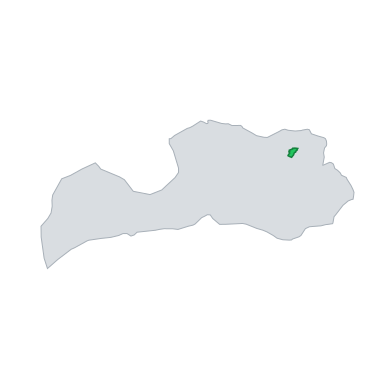 location of Litenes pag., Gulbene, Latvia, rotated 348°
{"feature_id": "27541924B1049309214592", "entity_name": "Litenes pag.", "entity_type": "district", "adm_level": 2, "iso_a3": "LVA", "parent_name": "Latvia", "parent_adm1": "Gulbene", "projection": "natural_earth1", "projection_center": [27.027, 57.173], "detail": "fine", "context": "in_parent", "style": "filled", "palette": "green", "viewbox_px": 384, "rotation_deg": 348, "n_neighbors": 0, "source": "geoboundaries", "source_scale": "gbopen_adm2", "svg_char_len": 3347}
<svg xmlns="http://www.w3.org/2000/svg" viewBox="0 0 384 384"><g transform="rotate(348 192 192)"><path d="M279.4,259.6L277.2,259.3L270.9,257.6L265.6,254.9L262.4,251.4L257.0,246.6L253.4,244.1L247.8,241.1L238.4,234.8L235.0,233.3L218.3,230.6L212.3,229.4L206.8,222.3L205.1,218.2L202.3,217.4L199.4,218.3L196.1,219.1L188.5,223.9L186.1,224.6L181.4,224.7L170.5,225.7L165.6,224.0L157.0,222.1L152.3,221.8L148.2,221.8L129.9,219.9L126.5,222.0L123.1,222.4L119.9,219.2L115.8,218.3L111.3,219.3L103.1,219.5L93.4,218.5L81.0,217.7L79.2,218.0L65.3,222.2L61.9,222.9L46.7,230.1L34.7,236.8L33.6,226.0L35.1,204.7L37.2,194.1L45.5,187.9L49.8,183.2L52.3,176.8L53.3,170.9L55.1,166.0L67.3,152.0L76.6,150.5L89.3,146.6L103.5,143.4L106.1,147.5L107.5,150.6L124.2,162.1L128.4,165.9L134.7,179.1L150.4,185.8L162.9,183.7L168.3,180.4L178.4,174.4L182.9,170.1L183.8,165.8L182.3,147.8L179.8,140.0L180.8,135.2L182.5,135.4L186.7,133.1L200.6,128.8L203.3,128.6L206.5,127.7L215.2,124.4L218.0,126.1L220.3,128.1L221.6,128.2L222.2,127.4L222.1,126.1L222.7,125.2L225.2,125.7L235.2,131.1L239.1,132.4L241.7,132.8L244.9,135.3L253.4,137.0L254.5,138.3L255.1,140.0L263.2,146.9L266.8,150.3L273.9,153.5L277.0,154.3L289.5,151.0L293.0,149.9L295.9,149.9L298.9,151.6L305.6,153.8L311.7,154.6L312.8,154.4L317.9,154.6L319.7,155.5L320.9,159.9L326.8,163.4L332.3,166.3L333.6,167.6L334.1,170.2L333.7,173.2L333.1,174.7L330.8,176.5L328.8,181.1L328.6,185.4L325.5,192.9L326.2,193.0L332.8,191.6L334.6,192.4L336.1,194.1L336.6,198.8L338.8,200.9L341.0,204.2L341.7,206.7L345.9,209.8L346.3,211.8L348.9,218.8L349.9,222.8L350.4,226.0L349.1,229.9L348.0,232.6L346.7,232.5L342.9,233.2L336.9,236.4L328.0,244.0L325.8,245.7L323.4,251.6L322.9,252.2L317.7,251.9L316.3,251.7L311.1,251.9L299.7,250.4L295.3,251.4L289.5,257.2L287.3,258.1L280.6,258.9L279.4,259.6Z" fill="#d9dde1" stroke="#a8b0b8" stroke-width="1"/><path d="M299.9,170.1L299.9,170.3L299.7,170.4L299.7,170.5L299.4,170.5L299.2,170.8L298.9,170.9L298.8,171.0L298.7,171.0L298.6,170.8L298.4,170.8L298.2,170.9L298.1,171.0L297.9,171.1L297.6,171.1L297.4,171.1L296.9,171.1L296.6,171.2L296.6,171.3L296.3,171.4L296.1,171.4L295.9,171.4L295.9,171.5L296.0,171.5L295.8,171.7L295.9,171.8L295.9,172.0L295.7,172.2L295.9,172.3L295.7,172.3L295.5,172.5L295.5,173.0L295.3,172.9L295.2,172.9L295.2,173.0L295.3,173.0L295.2,173.0L295.3,173.0L295.4,173.3L295.5,173.4L295.5,173.5L295.4,173.5L295.5,173.5L295.4,173.6L295.4,173.8L295.5,173.8L295.5,174.0L295.5,174.4L295.4,174.4L295.3,174.5L295.1,174.7L294.4,175.3L294.1,175.5L293.9,175.9L293.8,176.0L293.7,176.2L293.5,176.3L293.5,176.5L293.7,176.8L293.8,177.0L293.9,177.3L293.9,177.2L294.0,177.2L294.3,177.2L294.4,177.3L294.9,177.7L295.0,177.7L295.3,177.9L295.5,178.0L296.1,178.5L296.3,178.6L296.6,178.8L296.9,178.6L297.6,178.0L298.8,177.0L299.1,176.8L299.2,176.7L299.5,176.0L299.5,175.9L299.6,175.7L300.2,175.0L300.4,174.9L300.5,174.8L300.9,174.7L301.0,174.7L301.5,174.6L301.8,174.4L301.9,174.2L301.8,173.9L302.2,173.6L302.5,173.4L302.7,173.2L302.9,173.1L303.0,173.1L303.1,172.9L303.4,172.8L303.5,172.8L303.5,172.7L303.6,172.3L303.8,172.0L304.0,172.0L304.2,171.8L304.2,171.7L304.5,171.4L302.6,170.7L302.3,170.6L302.1,170.7L301.9,170.6L301.7,170.6L301.4,170.5L301.3,170.4L301.2,170.3L300.9,170.3L300.7,170.3L300.4,170.3L300.2,170.3L300.2,170.2L299.9,170.1L300.0,170.1L299.9,170.1L299.9,170.1Z" fill="#22c55e" stroke="#15803d" stroke-width="1.5"/></g></svg>